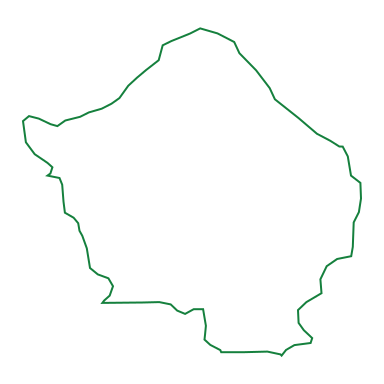 outline of Hagfors, Värmland, Sweden
{"feature_id": "70781695B31376401870693", "entity_name": "Hagfors", "entity_type": "district", "adm_level": 2, "iso_a3": "SWE", "parent_name": "Sweden", "parent_adm1": "Värmland", "projection": "robinson", "projection_center": [13.623, 60.101], "detail": "fine", "context": "isolated", "style": "outline", "palette": "green", "viewbox_px": 384, "rotation_deg": 0, "n_neighbors": 0, "source": "geoboundaries", "source_scale": "gbopen_adm2", "svg_char_len": 1177}
<svg xmlns="http://www.w3.org/2000/svg" viewBox="0 0 384 384"><path d="M200.2,28.4L190.1,33.5L171.5,41.0L162.7,45.3L158.7,60.2L146.0,70.1L137.1,77.6L128.3,85.7L119.4,98.1L111.5,103.7L101.7,108.7L88.9,112.4L80.1,116.8L65.3,120.5L57.4,126.1L50.6,124.2L38.8,118.6L29.0,116.1L23.0,121.1L25.9,142.3L34.7,154.2L47.5,162.9L52.4,167.3L50.4,173.5L47.5,175.6L59.5,178.0L62.2,184.7L63.5,201.6L64.9,212.7L73.6,217.7L78.2,223.2L79.5,230.8L82.3,235.8L86.8,248.3L90.0,268.0L97.8,274.4L108.4,278.3L113.0,286.2L109.7,295.6L104.2,300.5L102.4,302.9L142.7,302.5L159.3,302.1L170.7,304.4L177.2,310.6L185.1,313.9L193.7,309.2L203.1,309.2L205.9,325.8L205.1,334.1L204.5,339.6L210.3,344.9L220.3,350.1L221.2,352.2L243.7,352.2L267.4,351.6L280.5,354.4L281.6,355.6L286.1,349.9L294.4,345.1L310.6,343.0L312.2,338.1L303.8,330.2L298.6,322.9L298.0,310.1L306.4,302.1L321.5,293.2L320.4,279.3L326.7,266.2L337.1,259.0L351.2,256.2L352.8,246.9L353.7,222.4L358.9,212.1L361.0,198.5L360.4,182.9L351.0,175.6L347.8,156.4L342.7,146.6L339.3,146.5L330.3,140.8L317.0,133.8L298.6,118.1L274.9,99.3L269.7,88.1L256.1,70.3L239.4,53.2L234.2,42.0L217.5,33.4L206.1,30.1L200.2,28.4Z" fill="none" stroke="#15803d" stroke-width="2"/></svg>